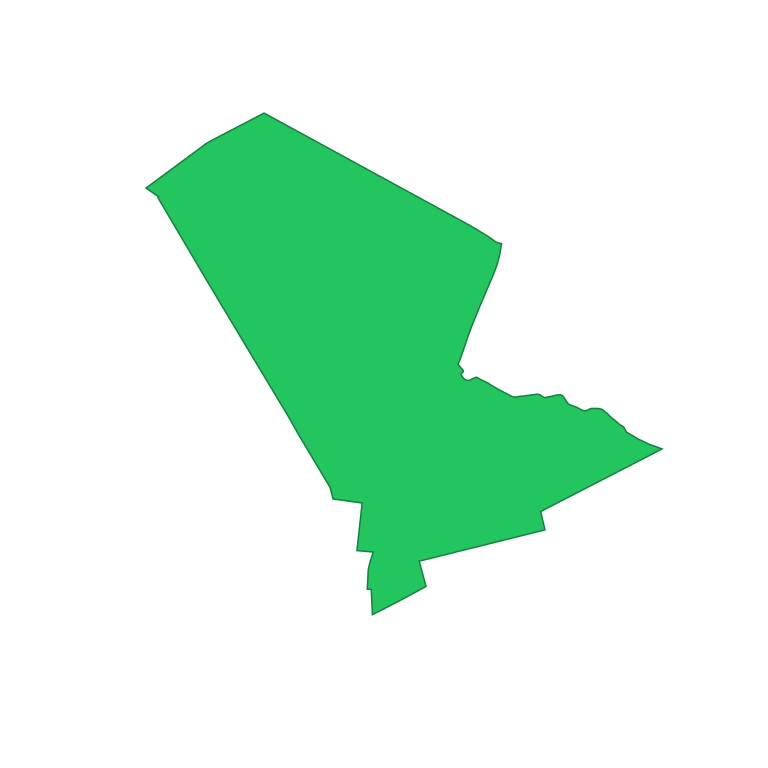 the district of Morón, Buenos Aires, Argentina, rotated 107°
{"feature_id": "61730980B30318397352263", "entity_name": "Morón", "entity_type": "district", "adm_level": 2, "iso_a3": "ARG", "parent_name": "Argentina", "parent_adm1": "Buenos Aires", "projection": "albers", "projection_center": [-58.618, -34.646], "detail": "fine", "context": "isolated", "style": "filled", "palette": "green", "viewbox_px": 768, "rotation_deg": 107, "n_neighbors": 0, "source": "geoboundaries", "source_scale": "gbopen_adm2", "svg_char_len": 2462}
<svg xmlns="http://www.w3.org/2000/svg" viewBox="0 0 768 768"><g transform="rotate(107 384 384)"><path d="M608.0,327.6L598.2,317.5L584.7,303.7L565.3,284.6L543.1,298.5L476.4,187.4L460.1,196.9L364.8,99.1L364.7,100.7L364.6,102.7L364.5,103.8L364.4,106.8L364.2,108.6L364.3,110.0L364.2,111.6L364.0,113.3L363.4,117.2L363.2,118.6L363.0,119.9L362.7,121.3L362.7,122.9L362.1,125.8L361.6,127.9L361.0,129.7L360.8,130.6L360.3,132.8L360.1,133.7L359.8,135.2L359.4,136.8L359.1,137.8L358.6,138.8L357.7,139.4L357.0,140.1L355.1,142.2L354.5,143.7L354.2,144.8L354.2,146.1L353.3,147.9L352.5,149.7L351.9,151.0L351.1,152.9L350.6,154.3L350.0,156.3L349.3,157.4L348.7,158.6L348.0,159.7L347.5,160.9L346.8,162.4L345.8,164.8L345.0,166.6L344.8,167.6L344.5,168.9L344.7,171.2L345.2,173.8L345.9,175.7L346.2,177.0L346.7,178.4L347.9,180.3L349.2,181.3L349.9,182.4L350.9,183.8L351.2,184.8L351.0,186.9L350.7,189.1L350.4,190.5L349.9,192.8L349.8,195.1L349.8,196.8L349.6,199.5L349.3,201.0L349.0,202.1L347.9,203.6L346.9,205.0L345.7,206.1L344.7,207.5L343.9,208.3L343.2,209.6L342.6,211.8L343.0,213.0L343.4,214.1L343.9,215.2L344.4,216.1L344.8,217.0L346.0,219.1L346.8,220.3L347.5,221.7L348.1,222.7L349.0,224.4L349.9,226.0L350.0,227.0L349.9,228.3L349.5,229.3L349.0,230.6L348.7,231.7L348.7,232.8L348.8,233.9L349.3,235.5L350.3,237.4L351.7,240.6L352.2,241.7L352.6,242.6L353.6,244.8L354.6,246.8L355.7,249.5L356.5,251.4L357.1,252.4L357.7,253.5L358.4,255.5L358.5,258.2L358.3,259.7L357.8,261.2L357.6,262.8L357.2,264.6L356.9,267.0L356.4,269.1L355.8,272.4L355.6,273.8L354.9,276.1L353.8,281.1L352.9,284.0L352.4,286.9L352.0,289.4L351.8,290.9L351.6,292.0L351.4,293.2L351.2,294.2L350.9,295.2L350.7,296.4L350.5,297.7L351.8,299.3L353.1,301.0L354.5,302.3L355.6,303.5L356.1,304.4L356.2,306.1L356.1,307.1L355.9,308.1L355.4,309.3L354.4,310.8L353.7,311.7L352.9,312.9L352.0,313.2L351.1,313.0L350.4,312.3L349.0,311.8L347.9,312.2L344.2,317.9L343.7,318.9L338.6,318.4L331.7,318.1L313.1,317.6L302.3,316.9L284.2,315.3L247.3,311.4L240.5,310.9L237.7,310.8L234.9,310.8L228.6,311.0L223.6,311.5L215.4,312.6L215.7,315.6L215.5,317.7L215.2,319.4L214.8,320.7L213.1,325.5L211.0,333.1L207.4,347.5L170.8,525.3L160.0,577.9L199.4,618.0L201.1,619.7L206.0,624.3L266.2,668.9L270.9,654.3L271.9,654.7L336.9,583.7L398.5,515.5L429.4,481.1L442.2,466.9L457.6,450.7L498.7,405.3L508.9,399.1L504.2,370.1L551.2,361.2L547.9,345.2L560.0,345.3L566.6,344.7L574.6,342.6L585.2,340.0L584.1,336.2L608.0,327.6Z" fill="#22c55e" stroke="#15803d" stroke-width="1.5"/></g></svg>